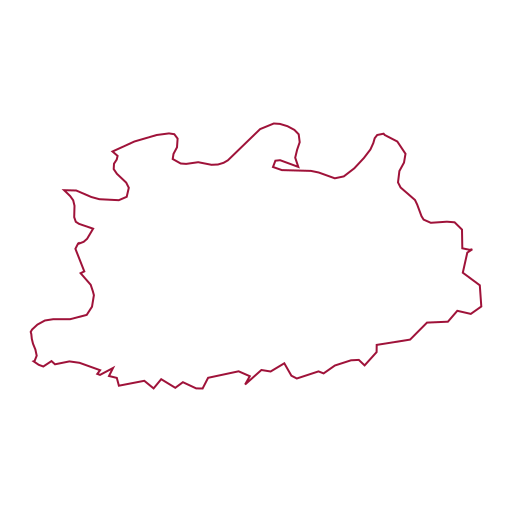 Antwerp, Robinson projection
{"feature_id": "BEL-3480", "entity_name": "Antwerp", "entity_type": "Province", "adm_level": 1, "iso_a3": "BEL", "parent_name": "Belgium", "parent_adm1": "", "projection": "robinson", "projection_center": [4.639, 51.244], "detail": "fine", "context": "isolated", "style": "outline", "palette": "rose", "viewbox_px": 512, "rotation_deg": 0, "n_neighbors": 0, "source": "natural_earth", "source_scale": "10m", "svg_char_len": 1918}
<svg xmlns="http://www.w3.org/2000/svg" viewBox="0 0 512 512"><path d="M273.8,123.5L279.9,123.9L287.5,126.2L294.4,129.9L298.7,134.3L299.7,142.2L297.1,149.8L295.2,157.7L298.3,166.9L280.1,160.2L275.4,160.7L273.0,167.0L281.9,170.1L311.0,170.9L318.7,172.5L334.8,178.3L343.8,176.4L354.3,168.3L363.9,158.0L370.4,149.5L373.3,143.1L374.7,138.2L377.2,135.0L383.6,133.7L384.7,135.0L397.3,141.5L405.5,153.8L404.0,162.6L399.4,171.0L398.0,182.4L400.6,187.5L415.0,200.0L417.2,204.6L421.5,216.2L423.6,219.6L430.8,222.8L446.9,221.7L454.6,222.3L462.0,229.6L462.3,248.3L469.6,249.8L472.3,249.3L467.3,252.6L462.8,272.7L479.8,285.3L481.3,306.5L470.8,313.9L457.3,310.8L447.9,321.7L427.0,322.6L410.1,339.6L376.7,344.9L376.6,352.1L364.6,365.4L358.8,359.9L351.0,360.3L334.9,365.5L323.6,373.4L318.5,371.4L296.8,378.5L291.4,375.7L284.3,363.3L270.6,371.5L261.4,370.0L245.1,384.5L249.8,376.2L238.6,371.3L208.1,377.8L202.6,388.5L196.2,388.4L182.9,382.2L175.3,387.8L161.2,379.2L153.6,388.4L144.3,380.8L118.9,385.7L116.8,377.9L109.0,376.0L113.0,368.0L100.0,374.9L97.3,373.9L100.1,370.2L79.5,362.8L69.4,361.4L55.0,364.3L51.5,361.1L43.3,366.5L38.7,364.8L33.6,361.3L34.6,360.9L36.7,355.7L35.4,349.6L33.0,343.7L31.8,338.8L31.3,334.1L30.7,331.9L32.1,329.5L37.4,324.6L44.9,320.5L53.2,319.2L70.1,319.2L86.7,314.9L92.0,306.7L93.9,295.2L92.9,291.4L90.7,284.8L80.6,273.2L84.3,271.4L75.4,248.8L78.1,243.5L79.7,242.6L78.8,243.7L83.7,241.8L87.1,238.8L93.1,228.7L79.1,223.9L75.8,221.8L74.2,217.2L74.5,205.8L73.2,200.3L70.2,196.1L64.1,190.2L72.5,190.4L76.2,190.5L91.3,197.0L99.3,199.2L118.8,200.2L126.7,196.8L128.8,187.8L126.2,182.6L116.9,173.8L113.7,169.1L114.0,163.7L116.7,159.6L117.6,155.9L112.5,151.5L134.4,141.5L156.7,135.0L169.0,133.4L174.3,134.2L177.6,138.6L177.0,147.3L173.5,153.9L172.7,159.0L180.7,163.5L186.2,163.9L198.2,162.2L211.5,164.8L218.0,164.5L223.6,162.8L227.9,160.3L260.1,129.1L273.8,123.5Z" fill="none" stroke="#9f1239" stroke-width="2"/></svg>